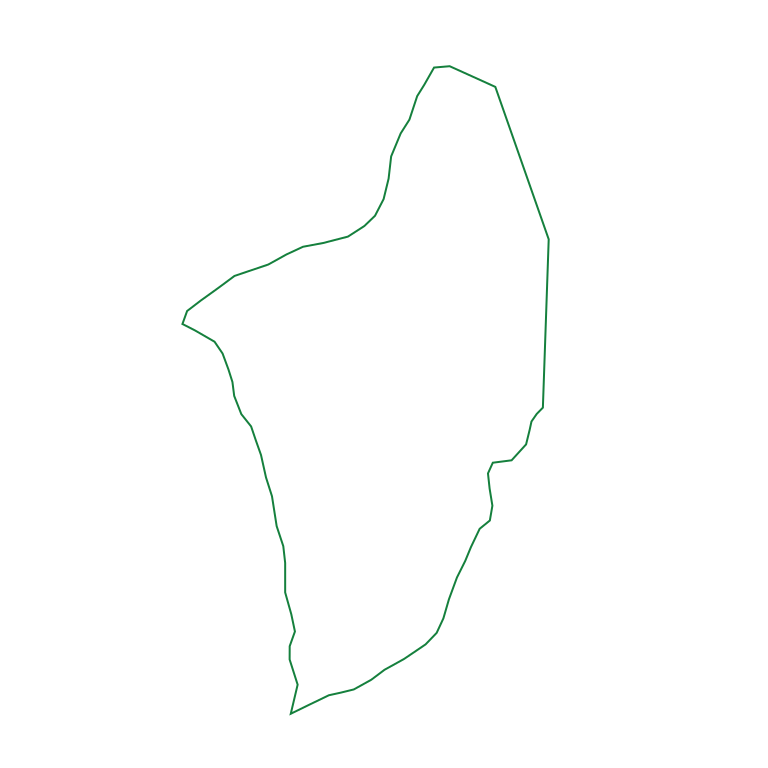 outline of Lapithos, Cyprus, rotated 241°
{"feature_id": "46923920B16403791533064", "entity_name": "Lapithos", "entity_type": "district", "adm_level": 2, "iso_a3": "CYP", "parent_name": "Cyprus", "parent_adm1": "", "projection": "albers", "projection_center": [33.164, 35.337], "detail": "fine", "context": "isolated", "style": "outline", "palette": "green", "viewbox_px": 768, "rotation_deg": 241, "n_neighbors": 0, "source": "geoboundaries", "source_scale": "gbopen_adm2", "svg_char_len": 1042}
<svg xmlns="http://www.w3.org/2000/svg" viewBox="0 0 768 768"><g transform="rotate(241 384 384)"><path d="M255.4,458.6L262.3,479.0L273.1,489.0L279.7,494.8L283.8,503.1L286.3,511.5L430.7,598.2L589.9,625.4L630.1,595.5L636.5,581.2L626.2,564.3L619.7,552.6L602.9,534.4L595.1,520.1L579.6,500.6L561.4,487.6L545.9,473.3L535.5,457.7L531.7,443.4L530.4,423.9L536.8,399.2L543.3,379.7L544.6,361.5L544.6,340.7L548.4,319.9L551.0,305.6L548.4,286.1L545.8,264.1L543.3,247.2L534.2,236.8L522.6,244.6L503.1,256.3L488.9,257.6L472.1,255.0L459.2,252.4L446.2,247.2L426.8,244.6L411.3,247.2L397.0,244.6L381.5,242.0L359.5,235.5L340.1,231.6L311.7,221.2L291.0,217.3L275.4,210.8L249.6,196.5L227.6,191.3L210.7,186.1L200.4,174.4L188.8,167.9L162.9,162.7L140.8,142.6L139.7,163.7L138.5,184.9L135.0,196.6L131.5,209.5L131.5,229.5L133.8,245.9L133.8,268.3L136.1,294.1L140.8,309.4L150.2,322.3L164.2,336.4L179.4,354.0L189.9,369.3L199.3,381.1L211.0,397.5L213.3,410.4L225.0,419.8L241.4,425.7L255.4,431.6L262.4,441.0L255.4,458.6Z" fill="none" stroke="#15803d" stroke-width="2"/></g></svg>